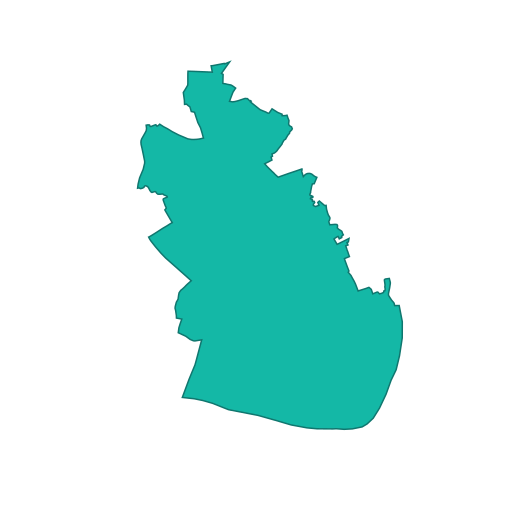 the district of Hoang Mai, Ha Noi, Vietnam, rotated 70°
{"feature_id": "81297802B90742047749751", "entity_name": "Hoang Mai", "entity_type": "district", "adm_level": 2, "iso_a3": "VNM", "parent_name": "Vietnam", "parent_adm1": "Ha Noi", "projection": "albers", "projection_center": [105.847, 20.974], "detail": "fine", "context": "isolated", "style": "filled", "palette": "teal", "viewbox_px": 512, "rotation_deg": 70, "n_neighbors": 0, "source": "geoboundaries", "source_scale": "gbopen_adm2", "svg_char_len": 5408}
<svg xmlns="http://www.w3.org/2000/svg" viewBox="0 0 512 512"><g transform="rotate(70 256 256)"><path d="M419.0,171.6L410.8,163.2L398.9,155.3L383.0,146.6L367.8,141.0L351.5,138.4L350.0,142.7L349.2,142.6L348.0,142.4L347.6,142.4L347.0,142.5L346.7,142.6L344.6,143.4L343.8,143.7L340.8,144.4L339.4,144.7L338.3,144.9L337.8,144.8L336.5,144.3L331.8,141.4L328.0,139.3L327.1,138.9L325.8,138.7L323.3,138.5L322.7,138.4L322.5,139.2L322.4,139.7L322.2,140.7L321.9,142.1L322.0,142.7L322.0,143.2L322.2,143.4L322.5,143.6L323.8,143.9L325.8,144.3L326.7,144.5L327.4,144.7L327.9,144.9L328.5,145.2L328.8,145.4L329.3,145.5L329.9,145.7L330.8,145.8L331.6,146.1L332.7,146.8L332.5,147.7L333.8,148.6L333.9,148.8L334.0,150.2L334.0,150.9L333.8,152.9L331.7,153.8L331.3,154.5L331.5,159.2L326.8,159.1L326.0,159.5L324.1,160.6L324.1,164.1L323.8,171.1L323.8,172.0L316.5,172.1L313.2,172.4L309.0,173.1L306.8,173.4L302.8,174.9L301.9,173.8L297.3,173.9L292.5,173.9L290.3,173.9L288.7,173.8L288.5,168.4L286.1,168.4L283.2,168.3L281.3,168.4L280.8,168.3L277.1,168.2L277.1,166.4L277.1,165.8L274.4,165.9L274.4,164.4L271.3,162.6L272.0,168.4L272.8,175.8L266.7,176.9L266.5,176.3L266.1,175.0L265.7,172.9L265.6,172.2L266.0,172.1L268.4,171.9L268.0,169.1L266.8,168.9L266.0,166.7L264.2,167.0L263.4,166.9L262.2,166.9L261.1,167.6L259.0,169.3L257.3,170.0L256.6,169.5L255.0,168.9L254.1,169.2L253.3,170.8L251.9,176.0L249.5,175.9L248.7,175.9L248.2,175.5L247.6,174.8L246.2,173.8L245.5,173.5L244.7,173.5L242.2,174.0L239.7,174.0L236.1,173.7L232.4,172.8L232.1,174.2L226.0,177.7L226.8,179.6L229.9,179.5L229.9,183.1L229.0,184.1L228.0,184.8L226.9,184.3L226.1,183.0L225.9,182.6L225.4,182.6L224.6,182.6L224.4,182.8L224.1,183.4L224.1,184.2L223.8,184.3L223.2,184.2L222.4,183.8L220.8,185.3L219.7,184.2L220.2,183.6L220.5,183.0L220.4,182.7L220.2,182.4L219.5,182.2L218.7,182.9L217.2,184.5L216.8,184.5L216.1,184.0L215.1,183.0L214.1,182.6L209.4,179.8L207.5,178.3L208.0,176.6L202.9,171.9L201.7,173.2L200.7,174.0L198.1,175.6L197.5,176.3L196.9,177.0L196.4,178.3L196.1,179.5L196.1,180.5L196.3,181.7L196.7,182.7L197.6,184.4L191.7,184.1L191.4,183.8L191.1,183.4L190.6,183.2L189.9,183.1L189.8,189.2L189.6,197.1L189.5,208.2L189.2,208.4L188.1,209.0L185.6,210.3L184.1,210.9L181.8,212.1L179.8,213.0L179.5,213.2L178.0,213.9L175.9,214.9L172.8,216.1L172.3,216.3L171.3,208.2L168.2,208.0L167.9,206.4L165.6,206.1L165.5,203.4L165.0,201.9L164.4,200.5L163.2,198.8L162.6,197.9L162.1,197.0L161.1,195.4L159.6,193.1L158.9,192.7L158.2,191.8L156.7,190.0L156.4,188.6L156.2,188.0L155.8,187.7L153.4,184.8L152.3,182.8L151.9,182.3L151.7,182.2L151.3,182.1L151.0,182.1L149.8,179.4L148.9,178.4L146.9,178.4L145.2,179.8L144.2,180.2L143.1,180.2L141.9,179.6L140.1,178.7L139.0,178.7L137.3,178.8L134.3,178.7L134.2,179.5L134.1,180.3L133.9,181.0L133.1,183.5L131.7,183.0L128.5,186.5L123.2,190.6L126.0,194.5L126.2,195.0L126.1,195.4L125.7,196.1L124.1,197.5L121.3,200.6L119.9,202.1L109.4,208.5L109.1,208.2L108.9,207.6L108.2,207.9L108.4,208.6L107.5,209.1L105.2,210.2L105.0,210.7L104.2,212.3L104.1,214.9L104.0,219.1L103.9,220.7L103.6,223.3L103.1,225.4L102.2,226.9L101.6,228.0L99.7,226.4L95.4,222.7L94.1,221.5L91.5,218.0L91.3,217.7L89.0,219.2L87.3,220.5L86.7,221.1L85.7,222.8L85.1,223.8L84.7,224.5L84.2,225.2L84.0,225.4L83.3,226.7L82.7,227.7L82.4,228.1L74.1,224.8L73.5,225.3L72.6,226.0L68.3,219.8L64.6,214.4L64.8,219.7L64.2,219.9L62.3,231.6L61.9,233.1L68.3,234.2L61.3,251.2L59.1,256.7L61.5,257.7L65.0,259.0L70.0,260.8L72.1,261.7L74.2,264.2L77.5,268.4L85.0,270.0L89.1,271.3L89.6,269.3L91.3,268.4L93.3,267.1L98.1,267.4L99.4,265.3L100.0,264.6L104.3,264.8L110.8,265.0L116.5,264.3L122.0,264.6L125.2,264.9L127.2,265.0L126.9,267.7L126.7,269.2L126.1,271.8L125.2,274.7L124.3,277.0L122.6,280.0L119.7,283.1L115.8,287.3L110.5,292.2L106.2,295.6L102.8,298.7L99.2,301.4L99.9,303.0L100.2,304.6L99.6,304.9L98.4,305.2L98.3,306.0L98.3,307.6L98.4,310.4L98.0,311.2L96.6,311.2L96.3,311.5L95.7,313.1L95.5,314.5L98.6,315.2L100.7,316.3L102.2,317.9L106.8,323.3L108.2,324.5L109.7,325.2L111.8,325.8L112.6,325.9L116.0,326.3L122.9,327.3L128.8,328.2L130.7,328.9L136.0,332.4L142.7,338.6L148.1,342.2L151.8,344.1L151.9,343.2L152.1,342.5L152.7,342.0L153.1,341.7L153.3,341.1L153.4,339.4L153.2,337.8L152.5,337.3L152.2,336.6L152.2,335.8L152.5,335.3L153.7,334.1L155.5,333.6L158.2,333.3L160.0,332.7L160.7,332.0L160.8,329.9L160.9,328.8L161.4,328.3L163.0,327.9L164.4,327.0L165.1,325.2L165.8,322.4L166.9,321.8L168.0,320.6L169.2,319.3L170.0,319.1L170.3,319.2L170.4,319.9L170.4,321.8L170.6,323.5L171.1,323.9L171.9,324.1L173.8,324.1L177.6,324.1L179.6,323.9L180.4,324.0L181.5,325.9L182.8,325.7L196.0,323.3L196.3,325.3L197.2,329.3L198.1,334.2L199.9,342.0L201.0,347.2L201.5,350.0L201.5,350.4L203.4,350.2L205.7,349.7L210.6,348.1L212.7,347.4L220.7,344.4L227.0,341.6L236.0,336.7L243.4,332.7L257.1,325.3L258.9,329.9L259.7,331.7L260.7,333.7L261.8,336.3L262.5,338.4L264.2,340.8L266.1,342.0L269.9,344.0L270.5,344.7L271.3,345.6L272.1,346.6L275.7,349.1L277.3,349.9L279.9,350.2L284.7,351.2L287.1,352.0L289.9,347.3L293.8,350.5L297.1,353.0L301.5,355.3L307.4,349.4L311.9,346.4L314.2,343.9L314.9,342.5L315.4,340.0L316.2,335.7L334.0,348.1L337.5,350.6L343.5,356.1L349.1,361.2L363.7,373.6L369.0,362.9L373.6,355.4L379.5,347.3L390.9,334.5L392.1,332.6L406.4,308.7L416.7,294.4L426.8,280.7L434.9,266.9L439.2,257.8L444.8,242.8L445.7,239.8L449.0,232.5L451.4,224.6L452.9,214.7L451.8,209.0L451.5,208.3L448.5,201.3L441.2,192.0L430.4,181.1L419.0,171.6Z" fill="#14b8a6" stroke="#0f766e" stroke-width="1.5"/></g></svg>